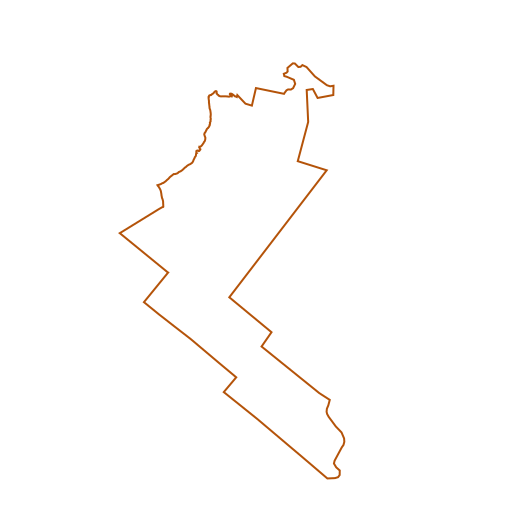 Viisoara, Teleorman, Romania, rotated 105°
{"feature_id": "2599482B74354015678393", "entity_name": "Viisoara", "entity_type": "district", "adm_level": 2, "iso_a3": "ROU", "parent_name": "Romania", "parent_adm1": "Teleorman", "projection": "mercator", "projection_center": [25.189, 43.787], "detail": "fine", "context": "isolated", "style": "outline", "palette": "amber", "viewbox_px": 512, "rotation_deg": 105, "n_neighbors": 0, "source": "geoboundaries", "source_scale": "gbopen_adm2", "svg_char_len": 5573}
<svg xmlns="http://www.w3.org/2000/svg" viewBox="0 0 512 512"><g transform="rotate(105 256 256)"><path d="M452.4,129.5L450.1,122.2L448.4,119.5L445.9,118.5L441.5,119.6L439.4,123.8L436.3,127.0L433.4,127.1L418.6,123.6L415.9,122.6L412.6,122.6L409.4,123.7L404.3,127.7L400.0,134.8L392.5,144.2L390.2,146.4L388.2,147.5L385.2,148.0L381.6,147.5L375.9,147.5L372.1,159.3L342.0,227.2L325.6,221.3L302.8,271.1L154.9,209.9L153.6,240.2L113.0,240.3L82.5,250.0L80.0,244.3L87.4,237.4L80.5,223.0L71.5,225.2L72.9,228.3L72.7,231.7L67.3,245.6L60.4,256.1L59.6,260.6L61.7,261.9L62.5,264.0L60.0,268.3L60.4,270.3L66.2,274.3L69.6,273.2L71.1,274.0L72.8,276.3L74.9,275.2L74.9,272.9L76.0,265.0L79.6,262.7L84.3,263.6L86.2,265.4L86.8,268.1L88.0,269.4L91.0,270.6L92.1,270.9L93.8,299.5L111.8,298.9L111.6,305.6L105.4,315.7L107.4,315.7L107.3,316.2L107.2,316.8L107.2,317.0L107.1,317.4L107.2,317.7L107.1,317.9L106.9,318.3L106.6,318.9L106.3,319.5L106.2,319.8L106.1,320.1L105.9,320.5L105.8,320.8L105.7,321.2L105.6,321.7L105.7,322.2L105.8,322.9L105.9,323.1L106.1,323.2L106.5,323.1L106.5,322.9L106.6,322.4L106.6,322.0L106.8,321.5L107.1,321.1L107.4,320.9L107.6,320.7L107.9,320.7L108.1,320.7L108.1,320.9L108.2,321.0L108.2,321.3L108.2,321.8L108.3,322.1L108.4,322.3L108.5,322.6L108.8,322.9L109.0,323.1L109.1,323.4L109.1,323.5L109.2,323.9L109.2,324.2L109.3,324.7L109.3,325.2L109.4,325.6L109.5,325.9L109.6,326.5L109.7,326.9L109.8,327.4L110.0,328.0L110.2,328.8L110.4,329.5L110.6,330.3L110.8,330.8L110.9,331.3L111.0,331.9L111.0,332.3L110.9,332.7L110.7,333.3L110.8,333.5L110.6,333.8L110.4,334.0L110.2,334.2L110.2,334.3L110.1,334.6L110.0,335.0L109.8,335.3L109.5,335.6L109.4,335.7L109.4,335.8L109.3,336.0L109.1,336.2L108.9,336.2L108.7,336.1L108.2,336.4L107.9,336.5L107.5,336.6L107.3,336.6L107.2,336.7L107.1,336.9L107.1,337.1L107.1,337.4L107.2,337.6L107.3,337.8L107.5,338.0L107.8,338.3L108.3,338.6L108.5,338.7L109.0,338.9L109.7,339.2L110.1,339.5L110.3,339.6L110.5,339.8L110.8,340.1L111.0,340.3L111.2,340.5L111.4,340.6L111.7,340.7L112.0,340.9L112.2,341.1L112.3,341.3L112.3,341.7L112.4,341.8L112.5,341.9L112.7,342.1L112.8,342.3L112.9,342.5L113.1,342.7L113.3,342.7L113.5,342.8L113.9,342.8L114.1,342.8L114.3,342.8L114.6,342.7L114.8,342.9L115.0,342.7L115.3,342.7L115.7,342.7L116.6,342.3L117.2,342.1L117.7,341.9L118.3,341.6L118.6,341.5L119.1,341.4L119.7,341.2L120.2,341.1L120.6,340.9L120.9,340.7L121.6,340.5L122.0,340.3L122.5,340.1L123.2,339.9L123.7,339.6L124.3,339.4L124.8,339.3L125.4,339.0L125.8,338.8L126.1,338.5L126.7,338.1L127.7,337.6L128.4,337.3L129.0,337.1L129.3,336.9L129.8,336.7L130.3,336.6L130.8,336.4L131.1,336.3L131.5,336.2L131.9,336.2L132.1,336.2L132.5,336.0L132.9,336.1L133.2,336.0L133.7,335.9L134.2,335.7L134.8,335.4L135.1,335.2L135.4,335.1L135.7,335.1L136.0,335.2L136.5,335.1L136.9,334.9L137.2,334.9L137.4,334.8L137.7,334.7L138.1,334.8L138.4,334.8L138.7,335.0L138.9,335.1L139.1,335.1L139.3,335.0L139.6,334.8L139.8,334.7L140.1,334.6L140.4,334.7L140.7,334.6L141.2,334.8L141.4,334.7L141.7,334.6L141.9,334.5L142.2,334.6L142.5,334.8L143.0,334.8L143.5,334.9L143.8,335.0L144.2,335.3L144.4,335.4L144.7,335.4L144.8,335.6L145.0,335.7L145.4,335.9L145.7,336.1L146.1,336.3L146.4,336.4L146.8,336.4L147.1,336.4L147.4,336.6L148.2,336.7L148.8,336.8L149.5,337.0L149.8,337.0L150.1,337.3L150.3,337.4L150.7,337.4L151.3,337.5L151.8,337.5L152.2,337.3L153.2,336.7L154.6,335.7L154.9,335.5L155.4,335.4L156.1,335.3L156.5,335.2L156.9,335.2L157.5,335.2L157.9,335.2L158.3,335.3L158.6,335.3L159.0,335.5L159.3,335.7L159.6,335.8L160.2,335.9L160.6,335.9L161.0,336.1L161.5,336.3L162.1,336.5L162.8,336.8L163.2,336.9L163.7,337.2L164.3,337.6L164.7,338.0L165.1,338.5L165.1,339.0L165.4,339.0L165.6,339.0L165.7,338.6L165.9,338.6L166.1,338.5L166.5,338.3L166.9,338.0L167.1,337.7L167.2,337.4L167.5,337.3L169.2,338.0L169.3,338.1L169.3,338.4L169.4,338.5L169.1,338.9L169.1,339.1L169.1,339.4L169.2,339.7L169.5,340.2L169.7,340.6L169.8,340.7L170.2,340.7L170.4,340.7L170.5,340.7L170.8,340.4L171.1,340.4L171.5,340.4L171.8,340.4L171.9,340.1L172.0,339.9L172.2,340.1L172.3,340.2L172.7,340.2L173.1,340.3L173.6,340.2L174.2,340.1L175.1,340.1L175.5,340.2L175.8,340.4L176.2,340.6L176.6,340.7L177.2,340.7L177.8,340.8L178.5,341.0L179.1,341.1L179.5,341.2L180.2,341.2L180.9,341.3L181.6,341.5L182.5,341.8L182.8,342.1L183.4,342.6L184.1,343.1L184.5,343.6L185.1,344.4L185.6,344.9L186.5,345.7L187.2,346.2L187.5,346.4L188.1,346.7L188.7,347.2L189.0,347.6L189.8,348.0L190.3,348.3L192.1,349.4L192.6,349.8L193.1,350.3L193.6,350.6L193.8,350.9L194.2,351.4L194.9,352.3L195.3,352.6L195.6,352.7L196.1,353.0L196.4,353.3L196.7,353.6L197.0,354.1L197.2,354.5L197.5,354.8L197.6,355.0L197.8,355.4L198.0,356.2L198.1,356.6L198.4,356.8L198.8,357.2L199.5,357.7L200.0,358.0L200.3,358.3L200.7,358.6L201.4,359.1L202.1,359.6L202.6,359.9L203.0,360.0L203.5,360.3L204.3,360.7L205.1,361.3L205.8,361.8L206.2,362.0L206.5,362.2L207.2,362.6L207.8,363.1L208.4,363.6L208.6,363.7L208.9,364.0L209.1,364.2L209.5,364.5L209.7,364.9L209.8,365.2L210.2,365.6L210.8,366.1L211.1,366.5L211.9,367.6L213.1,369.5L213.6,369.0L214.0,368.3L214.8,367.4L215.1,367.1L215.5,366.7L216.0,366.2L216.7,365.6L217.5,365.0L218.0,364.7L218.8,364.3L220.3,363.6L220.9,363.3L221.4,363.2L222.2,362.8L223.2,362.3L223.7,362.1L224.4,361.7L225.4,360.9L226.0,360.6L227.0,360.0L227.6,359.8L228.1,359.6L228.7,359.5L229.5,359.2L230.7,358.8L231.8,358.5L232.3,358.3L232.5,358.3L232.8,358.5L233.0,359.0L233.2,359.3L233.5,359.6L233.9,360.0L236.3,362.4L269.2,393.5L294.6,337.1L294.7,336.6L329.6,352.3L337.6,334.4L345.3,316.2L353.2,297.4L368.8,264.2L378.3,243.7L395.8,251.9L413.0,212.8L439.2,157.2L452.4,129.5Z" fill="none" stroke="#b45309" stroke-width="2"/></g></svg>